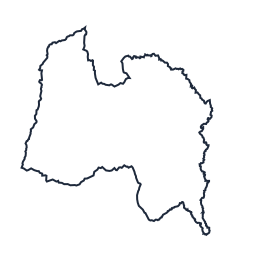 Mae Wang, Chiang Mai, Thailand (Equal Earth projection), rotated 10°
{"feature_id": "78962969B90127177876527", "entity_name": "Mae Wang", "entity_type": "district", "adm_level": 2, "iso_a3": "THA", "parent_name": "Thailand", "parent_adm1": "Chiang Mai", "projection": "equal_earth", "projection_center": [98.727, 18.674], "detail": "fine", "context": "isolated", "style": "outline", "palette": "slate", "viewbox_px": 256, "rotation_deg": 10, "n_neighbors": 0, "source": "geoboundaries", "source_scale": "gbopen_adm2", "svg_char_len": 5821}
<svg xmlns="http://www.w3.org/2000/svg" viewBox="0 0 256 256"><g transform="rotate(10 128 128)"><path d="M102.3,180.7L102.4,177.0L105.1,174.3L105.9,172.1L108.2,172.2L109.4,170.9L113.7,173.6L117.2,173.5L119.3,172.7L121.6,169.8L123.5,171.5L124.4,171.5L126.1,168.4L127.6,168.0L128.8,168.3L130.8,165.4L133.2,166.4L134.3,166.1L135.4,167.0L138.1,165.1L139.5,166.2L141.9,169.9L142.9,172.2L144.2,174.1L144.6,175.6L147.2,179.8L147.7,180.3L149.8,180.7L150.3,181.4L149.5,184.8L149.5,186.9L149.0,188.3L148.6,192.6L149.4,196.6L150.6,199.9L152.2,202.8L156.8,205.8L159.0,208.6L159.9,208.7L164.4,214.6L166.0,215.2L167.4,214.7L169.7,215.1L171.1,213.5L172.4,213.3L173.4,213.6L174.1,212.8L174.7,212.7L175.2,211.3L176.2,210.5L176.4,209.8L176.8,209.9L177.6,207.3L180.8,204.8L181.6,203.6L181.6,203.0L182.2,203.0L183.4,201.1L183.6,201.3L184.9,200.7L185.0,199.7L185.4,199.9L186.4,198.5L187.3,198.3L187.7,197.6L190.7,196.4L192.0,194.6L192.1,193.0L193.3,192.9L194.0,191.6L194.7,191.4L195.4,191.9L196.2,194.0L196.7,194.4L197.0,196.7L197.7,197.3L198.8,197.4L199.7,198.6L200.5,198.7L200.9,198.0L201.4,199.1L203.3,199.2L204.1,200.0L204.9,199.8L205.2,200.4L205.0,201.6L205.6,202.4L206.5,202.9L206.7,204.1L207.7,204.6L208.5,205.7L209.1,205.6L210.0,206.3L209.9,207.4L211.3,208.8L212.9,209.5L214.3,209.0L216.4,209.2L216.5,210.3L215.8,210.5L215.7,211.0L216.6,212.3L219.0,213.8L218.8,215.2L219.6,217.0L220.6,218.0L220.6,219.0L221.3,218.7L222.4,219.4L223.1,218.9L223.7,219.5L226.1,217.0L226.2,214.8L225.7,214.5L225.3,212.1L224.3,212.0L223.5,212.4L223.0,211.3L222.4,211.0L222.3,210.4L221.7,210.4L221.4,208.6L220.4,208.1L220.2,206.9L219.5,206.4L217.1,203.6L217.0,201.8L216.6,200.5L217.2,198.1L216.8,197.8L216.0,198.1L216.7,196.8L216.0,196.0L215.7,194.7L215.9,194.0L215.0,193.4L215.0,192.3L213.5,190.7L212.8,188.9L212.7,186.8L211.9,186.4L213.1,183.9L214.5,183.6L214.7,183.1L214.7,181.1L214.0,178.9L214.4,177.8L213.8,176.6L215.0,175.8L214.8,174.2L215.6,172.0L215.8,169.0L215.5,168.6L216.5,167.7L216.5,167.1L217.1,166.6L217.0,166.0L213.4,166.6L213.5,165.5L212.7,164.8L211.2,162.1L211.4,161.6L212.0,161.4L212.0,160.7L210.4,160.0L210.6,159.2L211.2,159.3L211.3,158.4L209.7,157.8L208.7,158.0L207.1,156.5L206.6,155.4L206.4,153.2L205.4,153.1L204.8,151.2L205.6,151.0L205.9,149.9L207.0,149.8L208.3,148.8L207.9,147.1L208.6,146.1L207.5,145.2L208.1,143.7L207.6,142.2L208.0,141.7L207.9,140.4L207.2,140.0L207.4,138.4L207.7,137.5L208.4,137.3L208.4,135.9L209.7,134.7L210.4,131.7L210.0,131.5L210.1,131.0L208.8,131.2L208.0,130.6L207.9,129.3L207.4,128.7L207.0,129.0L206.5,128.7L205.8,129.3L205.2,129.1L204.9,127.9L205.1,126.5L203.9,124.3L203.1,124.2L202.3,122.5L199.8,121.1L199.0,120.0L199.9,118.9L201.2,118.3L202.2,115.7L201.9,114.2L200.3,115.3L199.8,115.1L199.5,114.1L200.0,112.7L202.0,110.7L204.2,110.5L204.6,109.0L205.5,108.4L206.1,107.3L206.0,106.8L204.9,105.7L205.0,104.5L205.5,104.2L207.0,104.9L208.3,102.8L208.2,101.2L206.9,100.7L207.0,97.5L208.0,96.4L207.3,95.2L207.5,94.0L205.8,92.9L205.8,91.8L204.6,89.7L203.7,86.3L201.7,87.6L200.7,89.0L200.3,90.4L199.8,90.5L198.9,89.9L198.0,87.9L196.0,87.2L195.4,86.2L194.0,85.8L193.4,83.3L191.9,82.5L190.2,80.9L188.4,81.5L188.3,78.9L187.2,78.1L186.2,76.6L184.8,77.7L184.2,77.6L183.7,76.2L183.9,75.2L183.6,75.0L182.6,75.9L182.4,73.6L180.6,71.8L180.1,70.2L178.3,69.4L176.7,69.3L176.3,65.5L174.6,66.1L173.6,65.7L173.1,64.7L172.0,64.6L171.8,63.0L172.6,62.1L172.4,61.0L170.9,60.4L170.0,60.9L169.0,60.3L167.7,61.4L166.9,61.0L165.8,61.4L164.5,61.0L162.3,62.6L160.4,63.0L160.2,62.0L159.7,62.2L158.7,60.8L156.5,60.1L156.3,58.1L155.0,56.9L152.9,57.2L151.0,55.9L149.7,55.4L149.0,55.8L148.2,54.5L146.8,55.2L146.5,53.6L145.0,51.3L142.5,52.1L140.6,50.4L139.4,50.8L138.6,52.0L138.7,53.0L138.3,53.3L137.7,52.4L136.0,53.0L134.4,52.6L134.0,53.3L132.2,52.6L132.2,53.4L131.2,55.0L131.3,55.6L127.9,55.5L128.1,56.7L127.6,57.2L126.8,56.7L125.5,56.7L124.3,56.8L124.1,57.4L123.7,57.5L123.3,57.3L123.2,56.2L121.5,56.1L120.7,57.5L120.7,58.8L120.0,59.4L117.7,57.4L116.5,57.5L115.8,56.7L113.0,58.0L111.7,59.7L109.8,63.5L111.3,65.2L112.7,70.7L113.8,73.5L114.5,74.1L117.0,74.4L120.9,78.5L119.3,78.7L117.4,80.2L116.4,83.5L115.4,85.3L112.7,85.1L111.2,86.9L107.5,89.5L104.2,88.0L103.4,88.1L102.2,89.2L98.4,89.3L97.0,88.7L95.1,88.8L93.7,88.0L91.1,90.2L87.4,84.3L85.9,79.9L85.5,77.3L84.2,76.8L83.9,73.7L82.5,72.2L81.8,67.7L81.2,67.4L79.9,68.4L78.4,67.8L77.0,68.3L76.0,65.0L75.8,62.2L74.7,59.9L73.8,59.2L70.3,58.4L70.8,56.5L71.0,54.6L70.0,51.8L69.2,45.0L69.8,43.3L70.5,43.1L70.5,41.4L70.2,40.4L68.3,38.5L68.3,36.5L67.0,38.0L65.7,38.6L64.9,40.5L61.0,41.7L60.0,42.4L58.5,44.0L58.3,45.4L57.5,46.3L54.8,46.8L53.8,47.9L52.5,48.5L51.9,49.3L51.6,51.1L50.6,52.3L47.6,53.3L46.5,54.3L45.2,54.1L42.4,56.9L41.2,56.2L38.8,57.1L38.3,58.8L37.1,59.0L36.1,59.9L35.9,61.6L35.4,61.7L34.8,64.0L34.9,66.1L36.0,69.1L35.3,70.4L36.1,71.1L36.3,72.9L33.1,78.4L32.9,79.7L30.9,82.1L31.1,84.4L30.3,86.1L31.1,86.5L33.3,86.2L33.2,89.1L35.0,95.6L34.7,96.0L33.0,96.1L32.5,97.6L32.9,98.4L34.8,99.2L35.8,100.5L35.5,101.9L35.8,102.9L35.4,103.8L35.5,104.9L36.3,106.5L36.0,111.9L37.4,114.3L36.9,115.6L35.9,116.5L35.6,117.4L36.3,120.4L36.4,122.2L35.8,125.5L34.8,126.4L35.3,130.1L34.2,132.2L34.8,135.0L36.7,137.0L36.9,137.8L36.7,138.6L35.1,140.5L34.5,143.9L32.5,146.2L33.0,148.0L32.8,149.4L33.1,150.5L32.3,154.7L32.4,156.1L31.8,156.4L31.2,158.2L30.5,158.5L29.8,161.0L31.0,162.5L31.6,164.8L31.3,165.9L31.6,167.3L31.0,168.9L31.7,170.0L32.0,173.3L31.3,175.2L31.6,176.3L30.4,179.4L30.2,181.2L30.8,182.2L30.1,185.6L32.3,185.9L35.7,187.5L37.2,186.7L39.6,184.6L43.0,185.8L46.1,186.2L47.7,186.0L48.8,187.4L51.4,187.8L51.8,189.8L55.0,188.9L56.0,189.2L56.5,193.8L57.4,194.8L62.8,191.8L66.5,193.1L67.2,193.1L68.4,192.2L69.3,193.8L72.4,193.5L74.9,194.4L78.4,193.7L81.2,194.4L85.6,193.4L87.1,193.6L90.1,191.9L91.1,189.5L93.6,187.4L94.1,185.4L96.5,184.8L102.3,180.7Z" fill="none" stroke="#1e293b" stroke-width="2"/></g></svg>